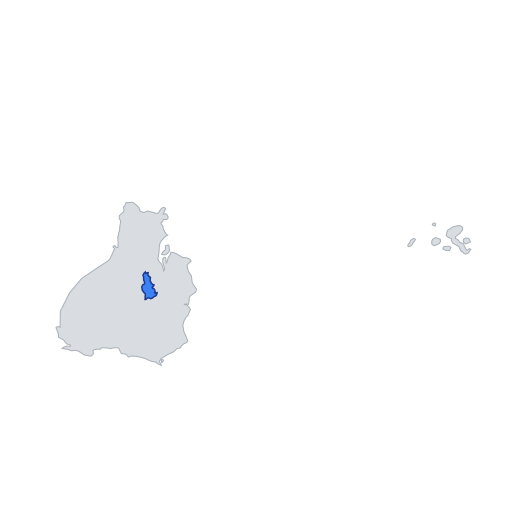 where Bolivar sits in Ecuador, rotated 166°
{"feature_id": "ECU-1277", "entity_name": "Bolivar", "entity_type": "Province", "adm_level": 1, "iso_a3": "ECU", "parent_name": "Ecuador", "parent_adm1": "", "projection": "mercator", "projection_center": [-79.147, -1.678], "detail": "fine", "context": "in_parent", "style": "filled", "palette": "blue", "viewbox_px": 512, "rotation_deg": 166, "n_neighbors": 0, "source": "natural_earth", "source_scale": "10m", "svg_char_len": 5484}
<svg xmlns="http://www.w3.org/2000/svg" viewBox="0 0 512 512"><g transform="rotate(166 256 256)"><path d="M466.5,213.1L465.1,214.0L461.6,214.4L458.8,213.5L457.7,213.5L457.6,214.4L461.2,216.8L462.9,220.9L465.5,223.4L467.1,224.7L467.2,225.6L466.7,227.2L466.6,228.6L467.4,234.9L466.9,235.3L464.9,235.3L463.4,234.2L459.2,249.8L445.8,265.4L430.6,276.4L413.0,282.8L400.1,287.3L398.1,288.9L391.8,296.8L391.5,297.5L392.4,298.9L392.5,299.7L391.5,300.3L390.7,300.4L390.3,299.9L390.1,299.0L389.2,298.0L388.2,297.7L387.6,298.0L387.6,298.9L386.3,303.1L386.2,305.1L385.7,305.9L385.7,307.8L384.4,309.5L383.4,312.3L382.4,313.2L381.0,317.6L379.0,322.0L378.9,323.5L379.5,324.5L379.7,325.4L378.9,328.1L374.3,330.7L373.1,332.0L372.7,333.5L373.0,334.7L372.8,335.7L371.4,336.1L369.9,338.6L368.8,339.2L365.9,338.3L363.9,338.3L362.2,337.5L359.0,333.4L357.8,330.9L357.5,327.5L354.3,325.3L350.2,325.9L349.0,325.1L345.9,323.6L343.3,322.0L341.4,321.2L339.9,321.6L337.4,324.3L335.1,325.5L334.0,325.5L332.6,324.7L332.4,323.7L335.9,318.9L333.3,318.9L332.4,317.8L332.3,316.6L331.8,315.3L332.3,313.8L333.7,313.0L335.8,313.6L337.2,313.7L338.1,312.2L340.0,311.1L340.4,310.4L339.4,308.1L339.1,306.8L339.4,306.1L339.3,303.6L338.7,302.6L338.7,301.2L338.1,300.4L337.9,298.7L336.6,297.7L340.9,296.1L342.4,294.8L344.3,293.6L345.9,291.8L347.0,290.1L349.6,282.0L351.9,276.9L351.5,274.4L349.6,271.1L349.1,266.3L349.3,264.8L349.1,263.7L347.7,265.7L348.1,272.8L346.9,276.1L345.3,276.9L344.2,276.3L344.8,271.0L343.6,272.0L341.7,275.6L338.6,278.2L338.4,279.1L337.6,280.2L335.2,279.2L333.4,278.1L327.3,272.2L323.4,270.9L321.0,268.9L320.5,268.0L320.2,266.8L322.6,265.6L325.1,263.9L325.4,260.2L325.3,257.4L323.5,252.4L324.3,246.0L323.8,243.5L321.7,238.2L323.3,235.5L328.9,233.5L330.7,232.2L332.0,228.0L333.2,225.4L335.7,226.5L337.7,226.4L335.1,225.4L332.9,221.6L332.6,219.8L336.7,214.6L338.9,213.3L341.5,210.5L343.8,206.3L344.3,199.8L343.4,195.1L342.7,190.1L344.1,188.8L347.5,188.2L350.2,186.6L351.7,185.1L355.0,185.3L358.8,183.0L364.9,181.9L373.3,179.3L375.2,176.9L374.4,172.8L377.5,175.3L379.0,177.3L383.4,179.4L388.5,183.4L391.9,185.4L395.6,187.2L400.9,189.1L404.2,188.8L405.6,191.7L406.8,192.6L409.9,193.6L410.3,193.9L411.4,199.4L412.1,200.2L414.8,201.1L418.0,201.4L419.4,201.2L422.3,202.7L426.7,204.0L428.3,204.1L429.0,203.9L429.3,203.3L430.6,203.4L432.6,204.1L435.3,204.3L437.1,203.6L437.4,200.6L438.1,199.9L440.1,198.8L441.1,199.0L446.3,201.4L447.4,202.3L448.7,204.0L451.2,206.5L453.9,208.1L458.0,208.7L461.9,211.3L466.5,213.1ZM54.4,209.7L56.0,211.4L56.9,216.1L62.1,221.1L62.7,223.9L62.2,225.2L62.5,225.7L65.0,227.7L66.6,229.7L63.9,234.6L58.0,236.6L51.8,236.6L50.6,236.0L49.0,234.2L48.7,232.5L49.6,231.0L52.8,228.6L57.7,226.4L58.3,224.8L56.3,223.2L55.0,220.0L51.9,217.8L50.4,211.0L49.3,210.6L47.2,211.6L46.2,210.7L46.0,210.3L48.3,208.7L48.8,207.6L52.1,207.1L53.5,208.0L54.4,209.7ZM78.6,230.2L77.2,230.3L73.2,227.8L73.5,225.3L75.1,223.7L80.3,222.8L82.4,224.4L82.2,227.3L80.5,229.5L79.1,229.9L78.6,230.2ZM341.6,287.0L341.1,288.0L338.6,287.9L337.9,287.6L338.5,282.9L339.2,281.4L341.2,279.9L342.9,279.2L345.1,279.3L347.3,280.6L344.6,283.1L342.6,283.7L341.6,287.0ZM50.4,222.2L47.9,222.7L45.7,221.8L44.8,220.4L44.6,218.4L44.8,217.7L49.6,216.9L51.1,218.7L51.1,221.2L50.4,222.2ZM102.2,233.8L99.1,234.9L97.4,233.9L97.3,233.3L99.0,231.7L100.6,230.8L102.1,229.0L104.8,227.9L105.6,228.1L106.1,228.5L106.3,229.1L105.4,230.6L103.7,231.6L102.2,233.8ZM72.4,219.0L71.2,219.7L66.3,218.8L64.8,217.3L66.1,215.3L67.1,214.5L70.0,215.2L72.9,217.5L72.4,219.0ZM76.3,244.9L75.2,245.0L73.8,243.8L74.9,241.8L76.9,242.9L77.4,243.7L76.3,244.9ZM373.1,178.1L371.6,178.2L371.0,177.0L372.7,175.6L373.3,175.3L373.1,178.1Z" fill="#d9dde1" stroke="#a8b0b8" stroke-width="1"/><path d="M374.2,240.7L373.7,241.8L373.6,242.1L373.5,243.1L373.4,243.5L373.1,244.2L372.9,244.7L372.6,246.0L372.7,246.4L373.3,247.3L373.6,247.6L373.8,248.0L373.8,248.5L373.9,248.8L374.0,249.1L374.4,249.7L374.6,250.1L374.6,250.5L374.5,251.1L374.4,251.7L374.5,252.6L374.4,253.3L374.1,253.9L373.6,254.7L372.7,255.5L372.3,255.6L371.4,255.7L371.1,255.9L370.8,256.1L370.7,256.3L370.6,256.5L370.6,257.0L370.5,258.2L370.6,259.0L370.8,259.5L370.8,259.8L370.1,263.1L370.1,263.5L370.3,263.9L370.4,264.2L370.3,264.5L370.2,264.8L369.7,265.5L368.8,266.4L367.4,267.2L367.5,266.1L367.4,265.9L367.2,265.7L366.9,265.7L366.7,265.8L366.5,266.0L366.3,266.1L366.0,266.1L365.7,266.1L364.7,265.9L365.1,265.1L365.3,264.2L365.5,263.8L365.5,263.6L365.3,263.2L364.4,261.8L363.6,260.7L363.7,260.3L364.0,260.1L364.1,259.9L364.5,258.2L364.8,257.7L364.8,257.4L364.7,257.1L364.5,256.8L364.4,256.4L364.3,256.1L364.2,255.8L364.3,255.3L364.3,255.1L363.5,254.0L363.2,253.4L363.0,253.1L362.9,253.1L362.7,253.1L362.5,252.9L362.3,252.8L362.1,252.8L362.0,252.7L361.9,252.6L362.0,252.4L362.3,252.2L362.5,252.0L363.2,251.2L363.4,251.2L363.5,251.2L363.7,251.3L363.8,251.3L363.9,251.2L364.0,251.0L364.2,250.8L364.3,250.4L364.3,250.1L364.2,249.8L363.9,249.5L363.1,249.0L362.8,248.6L362.6,248.2L362.5,247.7L362.5,245.7L362.5,245.4L362.7,245.2L362.8,245.2L363.0,245.1L363.3,244.9L363.2,244.8L362.5,244.2L362.3,243.8L362.1,243.6L361.9,243.6L361.7,243.8L361.4,244.3L361.2,244.4L361.0,244.5L360.8,244.5L360.8,244.3L360.8,244.0L361.2,243.6L361.8,242.6L362.3,241.9L363.5,241.4L364.7,241.3L366.6,240.3L367.2,240.2L367.9,240.1L368.3,240.1L368.6,240.1L368.8,240.3L369.1,240.6L369.9,241.1L370.4,241.4L371.0,241.5L371.6,241.5L372.0,241.4L372.7,240.8L373.2,240.6L373.5,240.5L374.2,240.7Z" fill="#3b82f6" stroke="#1e3a8a" stroke-width="1.5"/></g></svg>